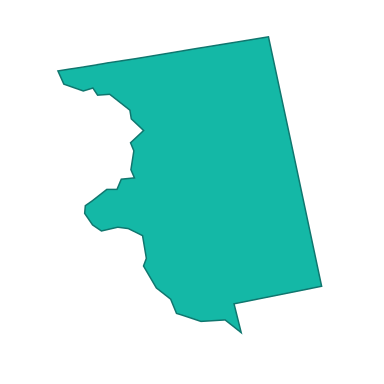 the district of Brooks, Georgia, United States of America, rotated 167°
{"feature_id": "52423323B17696390858849", "entity_name": "Brooks", "entity_type": "district", "adm_level": 2, "iso_a3": "USA", "parent_name": "United States of America", "parent_adm1": "Georgia", "projection": "natural_earth1", "projection_center": [-83.482, 30.858], "detail": "fine", "context": "isolated", "style": "filled", "palette": "teal", "viewbox_px": 384, "rotation_deg": 167, "n_neighbors": 0, "source": "geoboundaries", "source_scale": "gbopen_adm2", "svg_char_len": 746}
<svg xmlns="http://www.w3.org/2000/svg" viewBox="0 0 384 384"><g transform="rotate(167 192 192)"><path d="M82.6,326.0L119.5,328.4L121.0,328.5L155.3,330.8L217.0,334.6L245.1,336.8L250.0,337.0L255.7,337.4L255.8,337.3L277.5,338.8L283.3,339.3L295.4,340.1L292.6,325.9L275.2,314.9L265.2,315.6L262.2,307.6L250.2,305.7L234.1,285.7L234.7,276.9L225.3,262.8L240.8,253.8L239.4,245.2L246.5,227.5L244.9,218.7L258.0,220.4L264.5,211.4L274.4,213.7L291.5,205.7L299.0,202.7L301.4,195.3L296.3,182.3L289.0,174.4L272.3,174.4L262.3,170.7L250.0,160.6L251.4,137.6L255.9,130.8L248.3,106.5L236.9,92.4L234.4,77.2L230.4,74.9L212.4,63.9L188.5,59.9L175.7,43.9L176.2,73.6L86.9,71.0L84.3,218.6L83.5,269.8L82.6,326.0Z" fill="#14b8a6" stroke="#0f766e" stroke-width="1.5"/></g></svg>